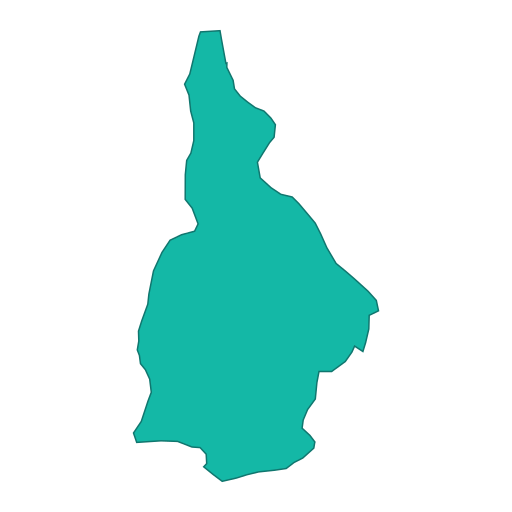 the district of Arvika, Värmland, Sweden
{"feature_id": "70781695B82025139549560", "entity_name": "Arvika", "entity_type": "district", "adm_level": 2, "iso_a3": "SWE", "parent_name": "Sweden", "parent_adm1": "Värmland", "projection": "orthographic", "projection_center": [12.668, 59.764], "detail": "fine", "context": "isolated", "style": "filled", "palette": "teal", "viewbox_px": 512, "rotation_deg": 0, "n_neighbors": 0, "source": "geoboundaries", "source_scale": "gbopen_adm2", "svg_char_len": 1354}
<svg xmlns="http://www.w3.org/2000/svg" viewBox="0 0 512 512"><path d="M200.5,31.9L198.9,36.2L189.8,74.0L184.6,84.2L189.0,95.1L190.7,111.1L193.8,122.9L193.8,140.6L190.9,153.1L186.7,160.4L185.3,174.7L185.2,199.4L192.2,208.2L198.1,223.9L194.6,231.2L181.6,234.7L170.1,240.2L162.0,252.4L153.5,270.9L148.9,294.0L147.8,304.2L141.7,321.0L138.5,331.1L138.8,341.0L137.3,349.9L139.4,355.4L140.5,363.7L145.4,369.7L149.7,379.1L151.3,392.3L148.0,401.1L141.3,421.4L133.5,433.0L136.7,442.4L161.0,440.8L177.6,441.4L191.9,447.0L200.1,447.6L206.2,454.2L206.7,463.6L203.7,466.8L213.3,474.6L222.2,481.3L236.5,478.0L247.0,474.7L258.6,471.9L274.6,470.2L286.2,468.5L294.0,462.5L302.8,458.0L313.8,448.1L314.6,443.2L314.9,442.0L309.9,435.4L302.1,428.2L303.2,420.0L307.6,409.5L315.3,399.0L316.9,382.5L319.0,371.5L331.7,371.5L333.5,370.1L345.3,361.5L351.9,352.1L354.6,346.1L362.9,351.5L365.6,342.7L368.8,329.0L369.2,315.3L376.7,311.7L378.5,310.8L376.3,300.4L368.0,291.2L354.2,278.7L345.4,271.1L336.1,263.5L326.8,247.7L320.7,234.0L315.2,223.1L307.5,213.9L298.8,203.6L292.2,197.0L280.8,194.3L271.0,187.7L260.2,177.9L257.4,162.2L262.9,153.2L269.5,142.7L274.1,137.2L275.4,124.7L270.9,118.1L264.0,111.1L255.3,107.7L247.6,102.1L240.3,96.2L234.5,88.9L233.1,80.3L226.8,67.4L226.9,63.0L225.9,63.4L221.4,38.9L220.0,30.7L200.5,31.9Z" fill="#14b8a6" stroke="#0f766e" stroke-width="1.5"/></svg>